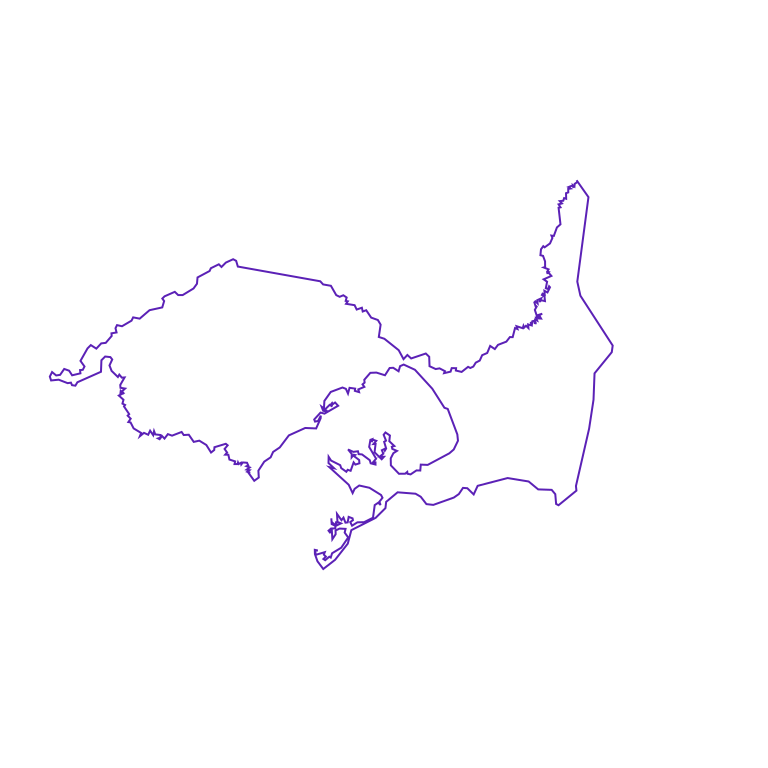 Turbo, Antioquia, Colombia (orthographic projection), rotated 236°
{"feature_id": "7082276B90132082814174", "entity_name": "Turbo", "entity_type": "district", "adm_level": 2, "iso_a3": "COL", "parent_name": "Colombia", "parent_adm1": "Antioquia", "projection": "orthographic", "projection_center": [-76.668, 7.972], "detail": "fine", "context": "isolated", "style": "outline", "palette": "violet", "viewbox_px": 768, "rotation_deg": 236, "n_neighbors": 0, "source": "geoboundaries", "source_scale": "gbopen_adm2", "svg_char_len": 6142}
<svg xmlns="http://www.w3.org/2000/svg" viewBox="0 0 768 768"><g transform="rotate(236 384 384)"><path d="M356.2,493.3L352.0,486.9L353.0,481.5L349.9,476.5L350.4,472.0L348.5,467.8L349.0,464.5L351.2,463.3L350.6,455.1L355.0,451.1L356.8,452.6L359.3,449.0L357.0,446.1L359.4,439.9L360.6,441.7L365.9,438.8L367.5,435.2L373.3,431.7L381.3,436.7L385.9,435.7L390.0,420.8L395.0,419.6L393.7,414.1L403.8,415.1L421.3,409.6L425.9,406.0L435.1,414.4L440.5,414.7L446.2,410.5L455.1,410.5L456.0,406.9L459.6,408.3L461.0,403.0L465.8,403.7L471.7,397.4L472.8,400.2L474.3,398.7L476.6,401.4L480.3,399.9L481.1,396.0L484.4,394.1L495.1,394.9L500.6,389.2L504.8,388.6L563.1,328.5L568.8,330.3L571.8,328.7L573.1,320.8L571.9,314.7L575.6,314.0L576.8,305.2L575.2,302.6L576.6,289.0L571.7,285.0L569.7,279.5L570.3,266.8L572.8,263.1L577.4,262.1L579.4,251.1L578.8,248.0L575.7,248.1L571.5,243.0L576.3,230.9L574.8,218.0L579.5,213.3L577.7,210.1L578.4,199.1L582.1,195.6L580.4,192.6L576.3,191.1L578.4,186.4L576.1,185.1L573.7,176.3L575.8,172.3L574.2,165.3L580.2,162.7L579.3,158.1L572.9,145.3L566.0,145.5L564.2,142.2L565.5,139.8L562.6,138.3L565.6,130.3L571.1,130.4L575.3,127.3L572.7,120.6L574.4,117.0L579.5,115.5L577.0,111.1L573.1,110.0L569.5,116.7L561.6,122.2L560.2,125.2L557.5,124.7L555.2,127.2L556.9,130.8L552.4,156.2L561.7,163.0L562.7,168.2L559.3,172.2L556.3,172.4L552.9,166.8L547.2,165.5L538.6,167.3L539.8,169.8L535.9,170.2L534.5,172.6L530.7,164.8L528.2,163.4L525.0,166.8L524.4,162.6L521.1,163.1L525.5,161.9L523.3,160.0L522.3,161.2L522.7,157.7L516.6,159.2L514.0,156.2L511.4,157.6L510.8,155.9L501.5,155.9L501.1,153.8L496.9,154.6L495.4,150.8L493.8,152.4L487.2,151.6L479.2,155.3L477.2,152.4L477.7,157.7L473.8,160.1L476.1,164.0L470.6,164.0L473.5,167.0L470.1,166.2L466.7,170.2L464.5,168.8L465.2,166.3L463.7,167.1L465.0,170.9L461.5,171.5L463.3,176.8L459.7,179.4L457.4,189.4L453.7,189.4L451.1,193.8L442.4,193.9L440.3,199.2L432.8,202.6L423.9,202.3L424.2,206.3L426.4,208.1L422.9,219.4L420.6,220.1L419.3,215.5L414.9,215.6L414.2,212.9L412.4,215.4L407.8,213.6L403.1,217.3L401.2,215.3L399.5,217.8L400.6,219.1L398.9,218.8L398.7,221.4L397.1,220.7L397.9,223.1L395.3,226.4L392.4,225.9L392.7,224.1L389.9,226.0L389.8,222.3L387.8,224.3L387.7,221.6L385.3,223.4L386.0,222.0L376.3,222.3L376.5,227.9L382.4,231.4L386.6,241.3L386.6,249.0L389.7,254.1L389.7,262.1L394.6,276.4L391.6,294.1L385.1,302.9L391.0,312.3L393.1,313.9L390.2,308.7L391.4,305.8L393.6,306.3L395.8,315.4L392.7,318.1L391.6,333.8L396.0,333.1L395.9,330.3L397.3,330.4L396.6,328.1L394.2,328.6L397.1,327.3L395.8,320.3L394.3,321.3L394.1,320.8L393.8,321.2L393.7,321.1L393.6,320.8L395.8,318.6L400.1,319.6L397.4,320.6L403.3,325.1L407.2,335.4L404.3,347.6L401.3,349.7L396.2,348.8L400.1,353.3L396.3,357.5L394.6,356.0L391.2,358.8L393.9,359.7L392.6,366.1L395.7,366.0L396.0,368.7L398.5,370.0L400.9,378.9L397.7,384.1L390.7,389.7L394.1,397.6L392.3,400.7L386.4,403.2L389.8,407.3L389.1,411.2L378.5,417.6L353.1,421.4L330.5,420.8L327.7,422.9L301.2,416.6L295.6,413.6L290.7,405.2L290.0,399.4L292.5,375.0L296.6,369.4L292.0,365.7L294.2,362.6L294.2,355.5L296.4,353.3L298.1,354.1L297.8,351.4L301.2,346.2L312.7,344.2L318.6,348.0L321.4,353.1L321.3,357.3L325.6,354.6L327.6,355.4L326.8,357.9L333.6,356.4L338.0,360.1L343.0,358.1L342.1,355.3L335.9,354.0L336.0,351.8L329.3,349.7L328.3,347.5L329.9,348.0L330.3,345.2L326.6,344.5L326.2,339.9L323.7,343.3L322.9,340.0L332.7,338.0L339.0,343.5L340.1,341.7L341.2,345.8L344.0,343.7L342.8,341.2L344.8,343.5L345.3,341.5L340.1,336.5L326.5,335.7L325.3,331.4L323.8,333.1L322.0,331.9L325.7,328.6L328.8,329.6L337.9,326.4L340.0,323.8L342.8,324.8L344.9,320.6L349.8,317.6L344.0,318.1L341.3,316.2L342.3,319.4L341.3,320.3L341.3,318.7L334.9,320.9L332.0,319.3L333.2,315.2L336.0,315.0L330.7,307.8L333.2,305.9L332.3,303.7L338.2,301.5L341.2,302.3L350.1,297.3L354.6,297.4L349.5,293.8L342.1,295.5L345.6,292.2L320.2,298.4L311.1,297.0L313.5,301.0L313.7,306.7L306.1,313.9L293.6,319.5L290.5,319.1L289.0,314.4L285.6,313.5L288.8,312.8L288.8,308.6L279.3,300.1L280.6,290.2L284.2,284.6L284.4,278.3L288.4,278.8L288.5,282.1L290.2,282.8L293.6,280.4L289.6,276.5L290.6,274.5L295.9,275.7L294.9,272.6L302.6,272.4L295.7,268.3L292.5,270.4L293.2,265.7L296.7,267.7L294.3,264.5L299.1,263.5L302.1,265.2L297.1,262.3L293.6,264.4L291.5,262.9L293.8,259.3L293.4,256.0L290.3,256.2L293.1,257.4L292.7,259.4L284.2,254.4L286.5,259.9L289.6,261.9L289.0,266.3L285.4,271.1L282.8,268.3L276.8,268.5L272.2,257.0L272.7,246.3L269.9,242.8L271.4,242.1L270.8,236.7L272.8,235.9L273.4,239.3L276.2,238.7L277.7,240.9L280.5,232.0L284.4,233.6L283.0,236.0L285.2,233.9L281.6,231.6L274.2,229.7L264.6,230.2L265.6,245.2L271.9,264.7L281.1,275.2L277.7,302.2L280.3,315.8L285.1,319.9L286.6,334.7L275.4,348.8L270.0,351.4L260.7,352.0L256.2,357.3L250.8,378.4L250.9,384.5L253.7,391.4L251.0,394.8L242.3,396.6L247.2,404.7L236.9,433.9L222.3,449.4L210.4,452.9L202.5,463.8L196.9,464.4L188.3,459.6L185.9,460.9L188.0,483.9L192.1,486.1L232.3,529.1L253.8,548.9L275.1,564.5L283.0,590.6L288.0,595.1L347.4,596.2L360.8,601.5L424.6,658.0L445.2,657.6L443.3,657.5L443.3,654.0L441.2,652.3L442.8,651.8L440.7,651.1L443.3,650.8L444.1,647.0L441.7,648.0L442.7,645.8L439.8,643.9L440.4,641.6L435.7,638.6L437.4,637.3L435.7,635.1L437.3,632.0L434.2,632.5L435.3,629.2L431.8,629.1L432.5,627.3L417.7,619.6L417.1,614.9L411.8,607.6L413.4,605.8L410.9,605.3L407.7,600.2L407.5,593.6L409.2,593.1L407.9,589.5L403.3,585.7L401.3,587.5L395.6,586.1L390.9,583.0L391.3,581.6L387.0,584.5L386.0,582.4L384.8,583.2L384.9,580.7L384.0,582.7L380.0,583.2L381.5,574.9L377.6,576.4L372.9,571.7L371.0,573.1L372.7,575.5L371.4,575.7L368.5,570.7L371.6,569.1L368.2,567.2L370.2,566.0L369.5,564.7L366.8,566.0L362.7,563.8L365.4,561.3L365.2,558.7L367.1,562.2L367.8,557.9L364.9,556.4L367.9,555.7L367.6,554.3L363.2,553.0L363.2,554.6L361.1,550.5L355.4,548.9L353.8,554.5L354.2,551.1L350.4,550.8L352.0,548.7L353.1,549.9L354.2,547.1L350.9,546.4L352.8,545.2L350.3,543.5L348.9,544.3L350.2,543.0L352.4,543.9L353.1,542.1L351.2,540.4L353.4,540.3L350.1,539.1L352.8,536.8L349.6,535.0L352.9,534.3L352.4,531.7L354.2,532.1L352.7,530.2L357.8,526.2L354.9,525.4L357.1,523.9L350.9,516.9L352.5,514.6L350.7,509.1L352.7,500.4L351.0,495.4L356.2,493.3Z" fill="none" stroke="#5b21b6" stroke-width="2"/></g></svg>